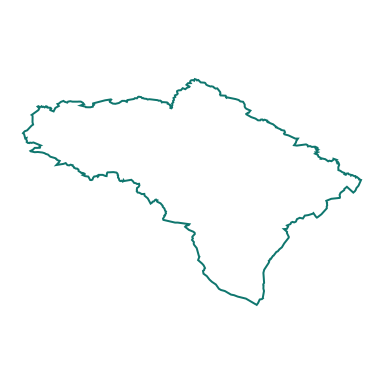 outline of Sørum nor, Akershus, Norway
{"feature_id": "86288312B90693098258026", "entity_name": "Sørum nor", "entity_type": "district", "adm_level": 2, "iso_a3": "NOR", "parent_name": "Norway", "parent_adm1": "Akershus", "projection": "natural_earth1", "projection_center": [11.283, 59.978], "detail": "fine", "context": "isolated", "style": "outline", "palette": "teal", "viewbox_px": 384, "rotation_deg": 0, "n_neighbors": 0, "source": "geoboundaries", "source_scale": "gbopen_adm2", "svg_char_len": 5945}
<svg xmlns="http://www.w3.org/2000/svg" viewBox="0 0 384 384"><path d="M23.0,133.2L24.1,134.1L25.2,138.4L26.5,138.0L26.1,139.3L26.9,140.7L26.7,142.0L27.4,142.3L27.6,142.8L29.3,143.1L30.0,142.6L31.4,142.9L33.5,142.5L40.6,145.4L39.6,145.8L39.5,146.5L40.1,147.1L39.8,147.8L34.7,147.9L32.9,149.7L30.4,151.0L30.7,151.3L34.7,152.2L37.9,152.0L42.3,152.5L44.7,153.2L45.5,153.8L48.0,154.6L50.3,156.7L55.1,158.1L56.2,158.7L56.1,159.0L57.4,160.1L59.7,160.9L59.0,162.2L56.4,165.0L63.4,163.9L65.7,163.1L67.4,165.1L69.2,165.4L70.5,164.7L72.6,165.2L72.5,165.8L73.8,166.8L73.9,167.6L76.1,168.7L76.9,168.5L78.4,169.5L78.6,171.1L80.9,172.4L81.4,173.1L82.7,172.9L84.1,173.5L83.6,173.9L84.2,174.3L82.8,175.1L85.1,176.1L88.3,176.6L90.2,180.0L91.3,180.1L92.4,179.7L93.2,177.7L94.2,176.5L96.4,176.2L97.8,175.4L98.0,176.7L98.3,176.5L98.9,174.9L102.8,174.9L105.5,176.0L106.6,176.1L107.0,173.2L107.5,172.4L113.5,172.1L116.5,172.6L117.3,173.4L117.8,174.4L117.6,175.0L118.1,175.6L118.0,177.6L118.8,178.3L119.3,180.2L119.8,180.8L120.7,181.1L121.7,180.7L122.7,181.6L123.4,181.1L123.6,180.2L124.2,181.0L131.3,179.8L132.8,181.1L134.1,182.9L135.8,183.2L137.1,184.0L139.1,183.8L139.4,185.4L138.5,187.0L137.1,187.9L136.8,189.4L137.0,190.6L136.7,191.1L137.6,192.5L139.3,192.7L141.8,194.1L144.3,193.9L144.6,195.7L147.8,198.4L150.6,203.6L152.2,202.5L152.6,201.7L153.9,201.4L155.3,199.8L156.0,199.6L156.2,200.0L157.4,200.3L157.0,201.3L157.3,201.8L160.5,203.3L162.7,205.8L162.7,206.7L164.4,208.5L165.0,210.4L166.0,211.6L165.6,212.1L166.0,213.4L164.5,215.4L164.9,215.6L163.0,218.7L163.4,219.9L175.1,222.6L177.8,222.6L189.4,224.2L188.9,224.9L185.9,225.9L185.1,226.8L188.9,229.9L193.3,231.7L194.6,232.7L194.8,234.0L192.4,236.6L192.3,237.3L192.9,238.4L192.0,239.9L193.9,242.1L193.7,243.8L194.1,244.8L196.7,248.1L198.9,256.1L199.4,256.6L198.1,260.1L202.1,263.6L203.6,265.3L205.0,268.1L204.3,269.0L204.1,270.1L203.0,270.9L203.5,273.7L206.8,276.1L209.5,279.6L211.9,281.8L215.9,284.5L218.9,288.8L221.0,290.0L224.8,291.0L231.0,294.6L234.1,295.2L237.7,296.6L245.9,298.6L256.7,304.9L258.1,303.0L259.7,299.5L261.9,299.1L263.0,298.2L262.8,297.8L264.0,291.0L263.4,288.6L263.5,285.4L263.3,285.2L263.3,284.3L264.1,282.9L263.4,272.9L264.2,269.7L268.6,263.0L269.2,261.7L268.8,260.8L270.7,259.1L270.5,258.7L271.3,258.3L272.9,255.9L273.5,255.7L276.4,251.9L277.8,251.3L279.4,249.3L281.9,247.3L284.2,243.4L288.7,237.7L288.8,236.9L286.9,233.0L287.1,231.9L284.0,229.1L286.8,228.9L288.1,226.6L287.0,225.5L290.4,224.1L291.2,222.5L292.6,221.9L294.1,222.4L295.0,222.1L296.0,221.5L296.9,219.2L299.7,217.8L302.9,218.5L304.8,215.6L308.3,215.1L312.8,213.7L313.4,213.1L315.9,216.7L316.9,217.6L317.6,217.2L321.4,214.3L326.8,208.3L326.7,206.6L327.2,205.3L326.9,203.1L327.1,202.8L326.3,200.8L331.3,198.8L339.7,197.9L340.0,197.1L339.6,194.9L340.6,192.7L344.2,190.1L344.3,189.0L346.9,186.8L353.3,192.6L354.9,191.2L355.7,190.0L356.4,188.1L358.5,185.7L361.0,180.0L359.2,179.5L359.4,179.0L356.9,177.0L355.9,177.5L355.4,176.1L354.4,176.2L352.3,175.1L351.4,175.4L351.5,175.0L348.7,174.2L348.1,173.4L346.6,173.6L345.8,174.8L344.8,174.4L344.3,174.1L344.7,173.3L344.4,172.9L342.3,172.2L340.3,170.8L338.4,170.1L338.3,167.1L339.2,164.9L338.9,164.0L337.8,163.6L338.3,163.2L337.6,162.7L338.2,162.4L337.7,161.6L336.6,161.3L336.6,160.8L335.8,159.9L336.2,159.7L333.9,158.9L334.0,159.3L333.4,159.3L333.4,159.8L331.5,161.2L329.3,160.7L328.2,161.3L325.3,159.2L322.3,158.5L321.6,158.9L320.6,158.8L320.8,158.0L318.4,156.6L317.8,154.8L315.2,153.7L316.0,153.2L315.8,152.8L316.5,153.0L317.7,152.2L316.3,151.8L317.0,151.8L316.5,151.4L316.5,150.7L317.3,150.3L316.4,149.4L317.4,149.3L316.4,148.7L317.6,148.8L316.9,148.4L317.6,148.3L317.5,147.8L315.1,146.7L311.9,146.9L310.1,146.1L307.9,146.4L307.5,145.1L306.0,144.4L296.9,145.6L294.1,145.2L295.9,142.6L296.3,141.0L297.9,138.6L295.3,138.6L288.5,135.4L284.4,134.3L284.0,133.6L285.0,132.2L284.3,130.6L281.2,130.0L280.8,129.4L277.3,127.9L277.2,127.5L275.9,127.3L276.0,126.7L273.1,124.3L270.0,123.1L268.6,122.0L268.2,122.4L267.7,122.1L267.1,121.6L267.2,120.6L264.6,119.7L263.2,120.4L262.5,119.5L261.9,119.5L261.0,119.5L260.3,120.3L258.0,120.3L255.5,118.6L251.2,117.1L246.3,114.3L246.2,114.0L247.8,112.9L248.6,112.9L250.4,110.6L246.4,108.8L245.4,107.9L244.7,106.7L244.7,104.5L243.1,101.8L240.3,101.4L238.7,100.0L235.7,99.1L227.3,97.4L226.6,97.9L226.0,97.3L226.2,96.8L225.6,95.7L220.5,95.4L220.0,94.4L220.4,93.7L220.2,92.1L217.3,88.4L215.6,88.6L214.1,87.7L213.4,86.8L211.5,86.3L210.5,86.5L207.5,85.4L206.2,84.6L205.4,83.2L204.7,82.7L200.7,82.4L198.3,80.0L197.0,80.4L196.5,79.7L194.8,79.1L194.1,80.7L193.2,80.1L191.2,80.3L190.3,81.1L190.0,82.2L190.6,83.1L188.0,83.2L186.5,84.8L189.5,86.6L189.3,87.0L187.1,87.7L185.3,89.2L182.7,88.2L180.9,90.2L178.4,90.4L177.1,91.1L177.0,91.8L177.7,93.7L176.9,94.6L174.9,95.4L175.3,97.0L173.5,98.0L174.0,99.9L173.0,101.0L173.3,102.3L172.1,103.5L172.4,105.1L171.8,106.1L172.1,107.5L171.4,108.3L170.4,108.0L170.7,106.1L170.0,105.5L169.9,104.7L167.6,103.7L167.7,102.8L166.9,102.4L162.9,102.1L161.8,102.4L161.3,101.3L160.2,100.6L158.5,100.7L157.8,100.2L149.4,99.2L147.6,99.5L146.6,98.9L144.1,98.6L143.0,98.0L142.2,98.2L141.2,97.1L138.7,96.7L138.1,96.9L137.0,98.3L134.8,98.2L133.9,99.0L127.4,100.1L127.0,100.5L127.2,101.2L126.9,101.9L124.9,100.9L122.1,100.9L118.9,103.0L115.4,103.8L112.9,103.6L109.9,102.0L109.7,101.3L111.2,99.6L110.9,99.4L105.1,100.3L93.1,103.4L93.0,104.0L94.0,104.8L93.0,105.7L92.8,106.7L90.2,107.3L85.9,107.2L85.5,106.7L80.5,105.5L84.0,104.2L82.9,102.8L80.8,101.6L72.7,101.7L70.3,101.2L68.1,101.6L67.3,102.6L64.5,101.7L63.5,100.9L60.9,101.9L58.8,103.6L57.5,104.0L58.8,106.0L55.4,107.9L53.6,111.4L50.3,110.1L50.3,109.5L51.2,108.6L50.6,107.8L47.4,107.6L46.8,107.2L47.1,106.7L46.7,106.4L45.9,106.3L44.7,107.4L43.4,106.7L42.4,107.0L41.6,106.3L41.0,106.9L39.5,106.9L38.4,106.2L37.6,106.6L39.3,108.4L38.4,110.1L31.7,114.9L32.4,115.3L32.6,116.8L32.5,122.2L33.1,124.6L31.6,125.6L27.2,130.3L24.7,131.3L23.0,133.2Z" fill="none" stroke="#0f766e" stroke-width="2"/></svg>